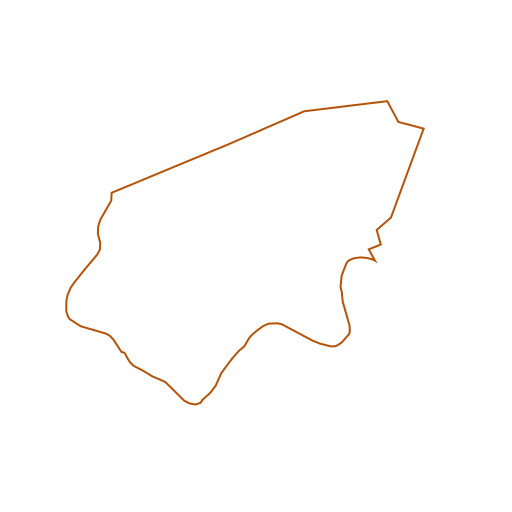 Boone, Kentucky, United States of America, rotated 253°
{"feature_id": "52423323B16120652166140", "entity_name": "Boone", "entity_type": "district", "adm_level": 2, "iso_a3": "USA", "parent_name": "United States of America", "parent_adm1": "Kentucky", "projection": "albers", "projection_center": [-84.783, 38.962], "detail": "fine", "context": "isolated", "style": "outline", "palette": "amber", "viewbox_px": 512, "rotation_deg": 253, "n_neighbors": 0, "source": "geoboundaries", "source_scale": "gbopen_adm2", "svg_char_len": 1245}
<svg xmlns="http://www.w3.org/2000/svg" viewBox="0 0 512 512"><g transform="rotate(253 256 256)"><path d="M147.7,182.9L154.2,188.6L158.8,194.8L165.1,203.5L170.6,212.4L171.4,214.9L173.3,218.7L179.3,225.2L181.6,228.6L184.6,235.6L187.0,242.7L187.6,248.5L185.3,257.0L183.2,260.7L158.6,285.3L153.6,291.4L147.8,300.9L146.5,305.4L146.9,308.3L148.4,313.0L153.7,321.5L154.1,322.2L156.1,323.5L161.9,325.1L187.1,325.6L196.5,327.5L201.8,327.8L212.2,332.2L222.2,340.0L223.7,341.6L224.6,343.5L225.2,349.0L224.2,355.2L222.1,360.7L219.8,364.7L217.6,367.7L216.8,368.4L229.4,365.8L230.5,378.7L245.6,379.0L253.3,396.3L310.0,439.3L328.8,453.6L342.5,431.4L365.7,426.8L371.6,393.7L380.3,344.4L370.8,261.5L369.3,245.7L368.6,238.9L364.5,196.0L359.9,149.3L358.7,136.4L351.3,133.8L336.4,117.9L330.7,113.9L323.3,111.2L314.1,110.9L307.8,108.6L303.8,104.6L301.5,101.1L293.6,88.8L283.6,74.2L279.9,69.5L273.6,64.3L268.7,61.6L258.7,58.4L253.2,58.5L250.1,59.3L240.0,67.9L225.7,89.8L222.6,92.8L217.5,95.3L203.5,99.3L202.3,101.5L201.0,102.2L195.7,103.2L190.7,104.6L186.6,107.0L179.7,114.1L171.3,121.6L162.1,132.4L153.6,137.0L138.7,145.0L134.6,149.1L131.7,154.6L131.8,159.9L134.2,162.9L138.5,172.2L143.7,179.5L147.7,182.9Z" fill="none" stroke="#b45309" stroke-width="2"/></g></svg>